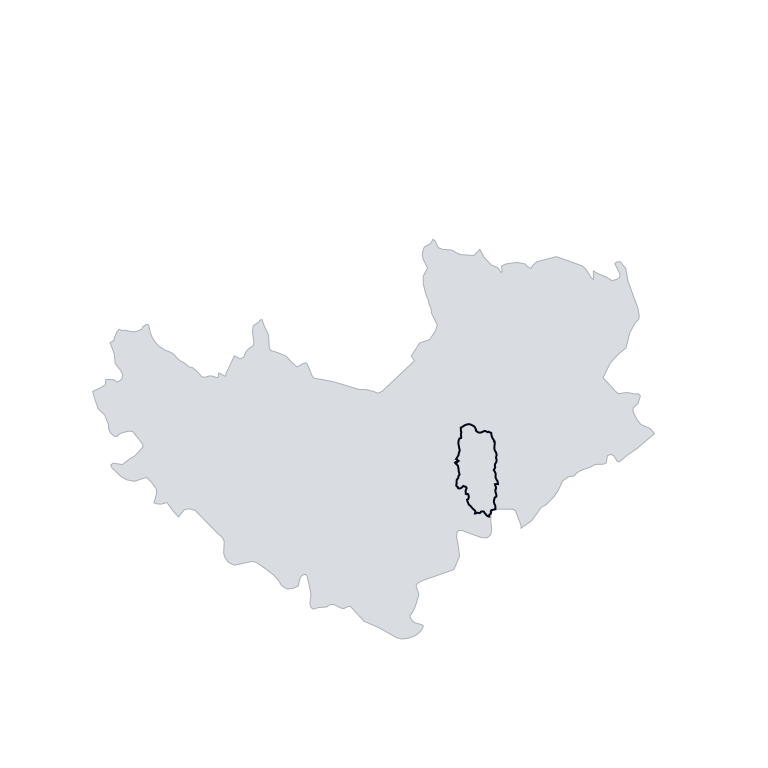 location of Tougue, Tougué, Guinea, rotated 137°
{"feature_id": "49546643B49131951551470", "entity_name": "Tougue", "entity_type": "district", "adm_level": 2, "iso_a3": "GIN", "parent_name": "Guinea", "parent_adm1": "Tougué", "projection": "natural_earth1", "projection_center": [-11.477, 11.51], "detail": "fine", "context": "in_parent", "style": "outline", "palette": "ink", "viewbox_px": 768, "rotation_deg": 137, "n_neighbors": 0, "source": "geoboundaries", "source_scale": "gbopen_adm2", "svg_char_len": 6972}
<svg xmlns="http://www.w3.org/2000/svg" viewBox="0 0 768 768"><g transform="rotate(137 384 384)"><path d="M459.1,502.1L453.8,501.3L451.4,502.5L444.3,512.1L440.0,515.8L433.4,514.7L431.0,515.3L429.3,514.3L431.7,509.0L435.1,498.5L443.8,488.0L444.0,485.8L440.4,479.6L436.6,471.2L436.6,462.2L435.9,455.7L428.2,453.9L426.8,452.8L426.6,450.6L430.9,439.4L431.3,437.1L430.7,435.1L426.0,429.3L418.6,418.7L405.9,396.9L401.1,392.3L396.6,385.7L394.9,381.4L390.2,379.9L345.8,380.2L345.0,385.9L329.8,389.7L320.4,385.3L309.9,387.9L304.8,390.8L300.9,403.5L298.6,406.2L296.4,411.9L294.3,415.1L292.1,421.3L287.1,430.3L281.8,436.1L273.0,439.2L270.2,448.6L268.1,452.1L264.7,454.9L261.0,456.7L253.8,454.8L249.7,456.5L249.0,454.2L251.3,446.7L249.5,442.8L242.6,435.1L241.9,431.3L239.8,426.5L230.6,416.6L222.0,417.2L224.4,408.8L224.4,397.7L221.5,391.7L222.2,385.5L220.6,385.9L217.8,390.1L213.1,388.7L203.8,382.2L199.1,375.8L198.6,370.3L197.6,368.2L194.7,369.3L188.8,369.2L171.0,359.5L158.4,335.1L158.1,329.6L160.0,320.2L159.6,317.6L153.7,323.9L152.6,319.7L148.2,309.9L146.9,304.3L142.7,301.8L139.3,301.3L136.6,303.2L133.1,314.6L130.5,314.6L127.8,312.1L128.4,303.6L135.3,292.9L146.8,265.9L150.9,259.7L153.5,257.6L159.0,257.3L169.5,253.7L182.5,245.3L192.5,246.0L204.2,245.0L219.5,239.2L219.7,221.1L219.2,217.0L213.8,213.4L210.6,210.3L207.9,206.2L204.6,203.4L204.7,200.4L211.5,196.5L217.7,196.6L219.8,195.1L221.3,192.5L223.1,186.0L223.7,179.1L219.7,169.8L219.9,163.3L242.3,164.2L254.7,166.0L264.7,166.5L266.3,168.0L264.9,174.4L266.2,178.1L269.6,179.1L275.2,174.7L278.2,175.7L284.5,181.2L290.3,182.7L296.7,185.7L302.7,187.4L308.0,187.2L312.1,190.3L319.6,191.3L329.2,187.3L336.8,185.6L347.5,185.2L353.1,186.5L369.3,183.3L382.1,185.1L380.1,187.2L374.3,201.7L374.9,204.3L387.9,216.6L391.0,217.5L394.6,215.8L400.1,210.1L404.5,204.0L408.8,201.0L413.7,201.2L417.7,205.5L426.9,223.7L429.3,226.0L431.5,225.9L435.5,222.6L437.6,218.6L446.1,206.6L459.4,200.6L490.9,214.4L495.5,215.4L498.2,214.4L502.1,206.2L514.0,199.3L519.7,197.4L522.9,197.1L524.2,194.9L524.8,191.6L524.1,188.2L520.4,182.0L520.3,180.2L522.4,179.0L526.9,178.1L532.8,178.7L539.4,181.4L544.8,185.2L547.8,189.8L553.8,209.0L560.4,224.1L560.2,244.3L563.2,246.3L566.4,247.1L567.9,248.7L571.2,257.1L574.2,259.5L577.9,260.0L584.7,265.4L589.1,267.5L589.7,269.1L589.5,271.3L587.8,274.1L581.3,279.6L578.0,284.4L571.3,295.8L571.2,298.0L572.6,299.5L575.4,299.8L578.3,299.0L584.5,294.8L589.4,296.3L594.0,299.5L595.7,302.8L596.2,307.1L595.1,312.7L595.0,319.0L596.6,329.7L599.0,340.3L601.5,344.2L617.1,353.6L618.6,357.1L619.4,361.1L618.3,366.5L616.7,369.5L608.2,377.8L606.9,381.8L607.6,389.2L608.3,420.4L611.6,425.7L615.7,428.3L625.0,426.9L624.8,435.5L623.6,445.3L629.0,448.2L631.8,451.2L633.3,454.0L624.7,459.1L622.2,462.1L621.1,470.2L621.4,477.7L633.0,483.1L637.5,489.4L639.5,495.9L640.2,508.2L639.2,511.0L636.2,511.0L630.3,503.5L621.3,502.7L614.6,501.3L603.4,502.3L601.5,504.5L600.2,520.8L602.9,523.6L608.3,526.7L611.8,528.0L614.7,527.6L616.9,529.6L617.4,535.0L615.9,539.0L613.0,542.6L609.3,552.1L610.1,560.7L603.8,574.5L602.0,577.2L593.7,574.5L588.2,573.5L584.3,577.0L578.9,571.7L577.8,567.5L575.9,566.6L572.2,566.5L568.8,568.9L567.4,573.3L566.6,582.1L560.5,590.5L556.2,601.0L551.3,600.0L550.2,601.3L544.9,604.0L540.4,604.7L539.2,601.9L536.5,599.7L533.6,595.3L530.2,591.7L523.8,589.2L521.3,590.3L518.2,590.0L516.2,588.6L516.5,586.4L519.9,581.0L521.8,576.0L522.8,570.5L522.8,565.3L521.0,558.0L518.1,552.1L517.4,548.8L517.7,544.0L517.1,539.5L516.1,537.1L514.7,528.7L513.0,527.1L512.1,520.3L512.4,513.4L509.9,510.7L505.9,508.8L503.6,506.1L502.2,503.1L500.8,502.2L499.6,502.4L498.5,504.3L497.2,504.7L494.9,498.1L494.0,497.9L492.4,499.4L474.3,506.6L472.0,500.5L468.5,499.3L462.6,501.8L459.1,502.1Z" fill="#d9dde1" stroke="#a8b0b8" stroke-width="1"/><path d="M357.6,299.7L359.9,297.1L360.2,296.0L361.3,295.4L362.0,294.7L362.4,294.4L362.8,293.9L363.2,293.2L363.4,292.9L364.0,292.2L364.5,291.9L365.8,292.7L366.6,292.4L367.8,291.9L369.0,290.9L370.2,289.8L371.7,287.4L374.0,283.7L376.9,282.1L378.1,281.1L381.0,280.3L382.0,279.9L382.4,279.9L382.2,279.4L382.1,278.6L381.9,276.9L382.8,277.1L383.7,277.7L385.1,278.0L384.7,276.9L385.8,277.1L385.7,273.8L387.1,271.5L389.0,269.0L390.5,266.2L392.5,265.8L393.6,264.8L394.4,264.5L395.9,264.4L396.6,263.9L397.3,263.3L398.0,262.5L399.2,261.3L400.0,261.0L400.6,260.0L400.4,258.9L400.3,258.2L400.8,257.9L400.7,256.8L400.3,256.4L399.6,255.8L398.6,255.4L397.4,255.2L396.9,255.3L395.5,255.3L395.0,254.1L394.3,253.2L394.3,252.3L394.6,251.4L395.8,251.0L396.9,250.3L397.6,249.9L398.0,249.1L398.7,248.2L399.1,247.9L398.7,247.0L398.1,246.7L397.7,246.4L397.7,245.8L398.3,244.6L399.3,243.2L400.7,242.5L402.1,242.8L402.9,241.5L403.6,239.6L404.2,238.0L403.9,235.2L404.1,233.1L404.0,231.0L403.8,229.5L404.1,228.4L405.0,227.7L405.8,227.3L405.4,226.8L404.3,226.5L403.4,226.1L402.6,225.1L402.1,224.3L401.3,224.2L400.6,224.3L400.2,224.5L399.2,223.9L398.5,223.3L398.0,222.5L398.3,221.4L398.4,219.5L398.5,218.4L398.4,216.9L397.9,215.8L397.6,215.3L397.5,215.2L397.1,215.5L396.7,216.2L396.3,216.4L395.8,216.6L394.4,216.4L393.6,216.8L392.6,218.1L392.0,218.4L391.2,218.4L388.5,216.7L388.0,216.4L387.9,216.6L387.7,217.0L387.1,217.4L386.8,217.6L386.5,217.9L386.3,218.2L386.0,218.6L385.8,218.9L385.5,219.3L385.4,219.6L385.2,220.2L385.2,220.6L385.0,221.0L384.7,221.6L384.5,222.1L384.2,222.6L384.0,222.9L383.6,223.3L383.2,223.6L383.0,223.9L382.6,224.1L382.2,224.2L382.0,224.4L381.9,224.6L381.6,224.8L381.4,224.9L381.2,225.0L380.9,225.1L380.7,225.2L380.4,225.2L380.3,225.4L379.8,225.3L379.5,225.2L379.3,225.1L379.0,225.1L378.6,225.1L378.3,225.3L378.1,225.4L377.9,225.8L377.7,226.0L377.5,226.3L377.3,226.7L377.1,227.0L376.8,227.4L376.7,227.9L376.5,228.2L376.3,228.5L376.1,228.9L376.0,229.2L375.8,229.4L375.4,229.8L375.2,230.1L374.9,230.5L374.6,230.8L374.3,230.9L373.8,231.0L373.5,231.2L373.3,231.2L373.1,231.4L372.9,231.6L372.7,231.9L372.6,232.1L372.4,232.4L372.3,232.8L372.2,233.0L371.9,233.6L371.8,233.9L371.6,234.3L371.3,234.7L371.2,235.0L369.9,234.1L369.3,233.6L368.9,233.1L368.4,233.7L367.2,235.6L367.0,237.3L366.0,239.8L364.3,241.4L363.3,242.6L363.0,243.5L362.6,245.1L362.6,245.3L362.6,245.7L362.5,246.0L362.4,246.2L362.3,246.3L362.0,246.4L361.8,246.5L361.5,246.6L361.2,246.7L360.9,246.7L360.7,246.7L360.3,246.8L360.1,246.9L359.8,247.0L359.4,247.3L359.2,247.7L359.1,247.8L358.9,248.1L358.7,248.7L357.7,249.4L357.5,249.6L357.2,249.8L356.8,249.9L356.2,250.0L355.3,250.3L354.3,250.8L353.4,251.7L352.3,253.8L350.0,255.3L349.5,256.1L348.7,257.8L348.2,260.0L347.3,261.6L345.3,263.5L343.3,265.1L342.7,266.8L342.2,266.8L342.2,267.1L341.9,268.6L341.4,271.0L341.0,271.9L340.6,272.8L338.9,275.2L339.5,276.2L340.0,277.7L341.0,278.0L341.3,278.8L341.7,279.9L342.4,281.1L342.7,281.2L345.7,282.2L346.9,282.9L348.1,284.3L348.5,286.0L348.6,287.0L348.2,287.0L347.4,289.1L347.0,290.7L347.0,291.9L347.5,293.2L347.9,294.5L349.0,296.4L349.2,296.7L351.4,298.1L353.3,298.8L354.8,299.0L355.9,299.3L356.9,299.3L357.6,299.7Z" fill="none" stroke="#020617" stroke-width="2"/></g></svg>